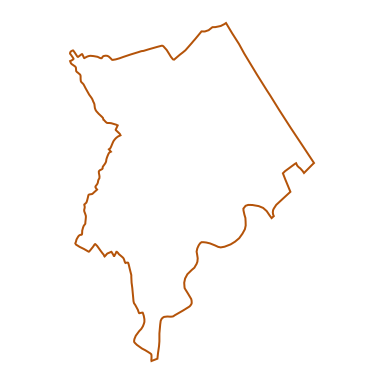 outline of Tam Ky, Quàng Nam, Vietnam
{"feature_id": "81297802B35959496403420", "entity_name": "Tam Ky", "entity_type": "district", "adm_level": 2, "iso_a3": "VNM", "parent_name": "Vietnam", "parent_adm1": "Quàng Nam", "projection": "robinson", "projection_center": [108.474, 15.575], "detail": "fine", "context": "isolated", "style": "outline", "palette": "amber", "viewbox_px": 384, "rotation_deg": 0, "n_neighbors": 0, "source": "geoboundaries", "source_scale": "gbopen_adm2", "svg_char_len": 5057}
<svg xmlns="http://www.w3.org/2000/svg" viewBox="0 0 384 384"><path d="M314.0,163.0L303.7,147.4L291.0,128.3L279.4,110.3L270.2,95.5L267.0,90.6L256.9,74.5L244.2,53.5L239.0,44.0L232.1,33.2L226.0,23.0L225.5,23.3L224.8,23.9L220.7,26.0L215.4,27.1L212.4,27.2L208.6,30.2L204.8,31.5L201.5,31.4L200.2,33.0L194.4,40.0L193.9,40.5L191.9,42.9L188.4,46.9L185.4,50.3L182.6,52.6L180.1,54.5L175.3,58.6L174.2,59.6L173.3,59.5L172.9,59.3L170.9,56.8L168.7,53.2L166.7,50.0L163.4,46.3L162.6,45.8L161.9,45.7L161.4,45.8L157.2,46.9L148.4,49.4L143.5,50.9L141.7,51.1L140.6,51.4L138.8,52.0L130.6,54.5L123.4,56.9L119.5,58.3L115.7,59.4L112.7,59.9L112.1,59.8L111.7,59.5L111.4,59.1L109.8,57.5L108.5,56.4L107.1,55.8L105.4,55.7L103.5,56.1L102.8,56.6L102.0,57.8L101.6,58.2L101.0,58.2L100.3,58.1L97.5,56.8L93.6,56.1L90.5,55.8L89.0,56.0L87.4,56.5L85.8,57.3L84.3,58.1L84.1,58.0L84.0,57.9L83.0,55.7L82.3,54.3L82.0,54.1L81.5,54.4L81.1,54.6L78.1,56.9L77.8,56.9L77.5,56.7L77.1,56.2L74.9,52.8L73.3,50.6L73.0,50.4L72.2,50.7L71.2,51.2L70.5,51.9L70.3,52.3L70.0,53.2L70.2,53.9L70.8,54.6L72.6,57.2L73.4,58.4L73.5,58.8L73.3,59.3L71.8,60.3L70.1,61.1L70.9,63.2L71.7,64.1L72.9,64.9L75.3,66.6L75.9,67.6L76.1,70.2L76.2,71.1L76.8,71.9L78.0,72.8L80.1,74.6L80.5,75.5L80.6,76.6L80.6,79.0L80.8,80.9L81.0,81.6L81.7,82.5L82.3,83.0L83.5,84.3L84.1,85.4L85.6,88.3L89.2,94.7L91.4,97.7L92.3,99.2L93.3,101.7L94.0,103.1L94.4,104.2L94.7,106.7L94.9,108.1L95.6,110.0L96.5,111.4L97.0,111.9L98.7,113.8L102.1,117.0L103.0,118.0L103.4,119.7L104.0,120.0L104.5,120.6L105.6,121.8L106.8,122.8L107.6,123.0L109.3,123.0L111.2,123.2L116.2,124.7L117.7,125.4L115.7,129.7L115.8,130.1L118.8,132.9L119.8,133.9L120.5,135.3L118.0,136.5L117.2,137.1L116.3,137.8L115.2,138.9L114.0,140.4L113.4,141.3L112.5,143.3L111.0,146.9L110.4,148.0L110.2,148.4L109.9,148.6L108.9,149.3L110.9,151.7L109.5,152.4L108.7,153.4L107.7,155.6L106.9,157.7L106.4,159.3L106.1,161.4L105.7,162.5L104.8,164.0L103.4,165.9L102.9,166.6L102.7,167.1L102.6,168.1L102.6,168.5L102.1,169.1L101.0,169.7L99.9,170.2L99.0,171.1L98.8,171.7L98.9,173.1L99.3,175.1L99.5,176.6L99.4,178.2L98.5,179.7L98.2,180.7L97.8,182.8L97.2,184.1L95.5,186.4L95.4,187.0L95.8,187.9L97.1,189.6L96.6,190.0L95.9,190.7L94.3,192.1L92.7,193.6L92.1,194.0L91.1,194.2L89.7,194.4L89.2,194.5L88.7,194.8L88.4,195.2L88.0,197.0L87.1,200.6L86.5,202.3L86.3,202.7L85.5,203.4L84.7,204.2L84.3,204.5L84.3,205.0L84.6,206.0L84.7,206.8L84.7,207.7L84.2,209.8L84.2,210.5L84.2,210.9L84.4,211.7L85.2,213.8L85.6,215.1L85.8,215.6L85.9,216.9L85.7,219.3L85.4,222.0L85.3,223.4L85.3,223.7L85.0,224.2L84.2,225.2L83.8,225.7L83.1,227.4L82.2,230.7L82.2,231.4L82.1,233.5L82.0,234.0L81.9,234.4L81.6,234.7L81.3,234.8L81.0,234.8L80.5,234.8L79.8,235.1L79.0,235.6L78.6,236.0L77.8,237.2L76.5,239.5L75.9,241.9L75.6,242.6L75.3,243.3L75.8,244.3L76.0,244.6L79.7,246.9L84.0,249.0L88.3,251.5L88.8,251.7L89.2,251.5L90.3,250.2L93.2,246.6L94.0,245.3L94.7,244.4L94.9,244.2L95.2,244.1L95.6,244.4L97.2,246.0L97.9,247.0L100.7,250.9L102.8,253.7L103.5,254.4L103.8,255.0L104.4,256.3L104.6,256.5L105.3,255.8L107.1,253.7L107.6,253.4L110.2,252.3L111.0,251.9L111.4,251.8L111.7,252.2L113.4,255.0L113.7,255.8L113.9,256.0L114.3,256.0L115.2,254.3L116.0,252.8L116.3,252.0L116.4,251.8L116.8,251.8L117.9,252.8L118.9,254.2L120.5,255.5L122.6,257.3L123.3,258.0L124.0,259.3L124.7,261.6L125.2,262.7L125.5,263.0L126.2,262.7L127.8,262.6L128.2,262.9L128.8,264.8L129.6,268.3L131.3,275.1L131.3,276.2L131.3,276.9L131.5,280.9L131.6,282.9L131.8,284.2L132.3,288.1L132.6,291.4L133.1,296.7L133.5,301.2L134.0,303.2L135.2,304.9L135.8,306.0L137.9,309.9L138.4,311.5L139.0,313.0L139.3,313.2L140.8,312.9L142.3,312.6L142.7,312.7L142.9,313.1L143.8,315.9L144.4,319.2L144.4,321.9L143.9,323.7L142.9,326.3L141.3,328.9L139.2,331.1L135.8,335.7L134.5,338.8L134.2,340.1L134.1,341.4L134.3,342.2L134.9,342.9L136.8,344.8L142.1,348.6L145.2,350.2L148.3,352.1L150.3,353.4L150.9,353.9L151.2,354.2L151.4,354.8L151.5,355.8L151.5,358.2L151.3,360.0L151.5,361.0L152.2,360.7L154.3,359.9L156.9,358.9L157.4,358.7L158.0,353.2L159.0,346.3L159.4,341.3L159.4,333.5L160.2,324.5L160.7,320.8L161.3,319.5L161.8,318.6L163.3,317.3L164.1,316.9L167.4,316.5L170.3,316.7L172.0,316.6L173.3,316.3L174.7,315.3L182.9,310.6L189.5,306.5L190.5,305.4L191.1,304.5L191.6,303.6L191.7,302.5L191.6,300.7L191.2,299.0L188.0,293.6L184.7,288.3L184.5,287.1L184.2,282.8L185.1,278.5L187.4,274.2L191.7,270.0L194.4,267.7L195.5,265.7L196.5,264.1L197.4,261.7L197.7,258.3L197.2,255.0L196.6,251.6L197.3,248.4L198.7,245.3L200.1,243.3L201.5,242.2L203.5,242.2L206.2,242.5L210.0,243.4L215.0,245.4L218.2,246.9L220.7,247.4L224.6,246.7L230.6,244.4L235.0,241.7L239.2,238.2L242.5,233.6L244.9,229.2L245.7,225.5L245.6,221.6L245.4,218.0L244.4,214.6L243.5,210.5L243.4,208.6L244.5,207.2L245.6,205.8L248.2,204.9L252.4,205.0L258.7,206.1L263.1,207.9L266.7,211.1L269.6,215.4L271.6,218.1L273.8,216.1L273.1,214.5L272.8,212.3L273.1,210.1L273.9,208.4L274.4,207.7L276.2,204.9L282.9,198.7L290.4,191.8L285.2,179.2L282.9,173.3L285.0,171.2L294.9,163.9L296.1,163.2L297.2,165.6L298.7,167.2L300.2,168.3L302.6,171.0L304.0,173.0L311.9,165.0L314.0,163.0Z" fill="none" stroke="#b45309" stroke-width="2"/></svg>